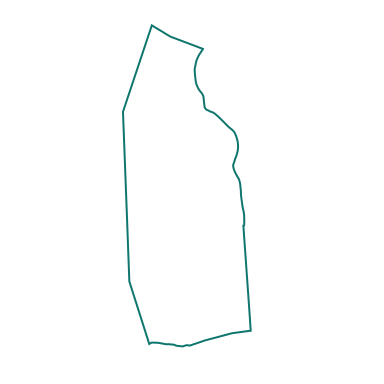 Plut, Vieux Fort, Saint Lucia (Natural Earth projection), rotated 10°
{"feature_id": "8701671B91261158207926", "entity_name": "Plut", "entity_type": "district", "adm_level": 2, "iso_a3": "LCA", "parent_name": "Saint Lucia", "parent_adm1": "Vieux Fort", "projection": "natural_earth1", "projection_center": [-60.96, 13.775], "detail": "fine", "context": "isolated", "style": "outline", "palette": "teal", "viewbox_px": 384, "rotation_deg": 10, "n_neighbors": 0, "source": "geoboundaries", "source_scale": "gbopen_adm2", "svg_char_len": 1610}
<svg xmlns="http://www.w3.org/2000/svg" viewBox="0 0 384 384"><g transform="rotate(10 192 192)"><path d="M177.9,49.2L143.6,42.7L123.5,34.9L110.1,125.0L133.5,233.5L145.8,290.9L176.3,349.1L178.4,347.3L184.6,346.4L193.1,346.4L195.8,345.9L201.1,345.5L203.1,346.1L209.7,345.7L213.1,343.8L216.6,343.6L230.6,335.9L256.0,324.1L273.9,318.4L269.5,300.5L248.5,216.5L248.9,216.5L249.1,215.5L248.9,213.9L248.8,213.4L248.4,210.9L248.2,209.8L248.0,208.9L247.7,207.5L247.3,205.6L246.8,204.0L246.4,202.8L245.6,200.7L245.1,199.5L244.3,197.6L242.9,193.2L241.7,189.5L241.0,187.2L240.4,184.8L240.0,182.8L239.8,181.9L239.3,180.2L238.8,178.4L238.1,176.0L237.3,173.9L236.7,172.6L236.2,171.6L235.4,170.5L234.3,169.3L233.1,167.8L232.1,166.5L230.8,164.8L230.0,163.6L229.3,162.3L228.6,160.9L228.0,159.2L227.9,157.8L228.3,155.4L228.8,151.4L229.3,149.6L229.5,147.8L229.7,146.1L229.8,144.3L229.8,142.6L229.7,140.5L229.3,138.4L228.9,136.6L228.1,134.2L227.6,132.9L226.5,130.7L225.8,129.4L225.3,128.6L223.6,126.0L222.2,124.8L220.8,123.8L217.9,122.2L216.0,121.1L213.6,119.3L211.0,117.5L208.9,116.0L207.0,114.7L205.5,113.7L202.6,111.9L200.5,110.7L198.8,110.0L197.4,109.8L196.0,109.6L194.1,108.9L192.4,108.6L191.4,108.1L190.3,107.1L189.8,106.5L189.2,104.6L188.5,102.3L187.8,100.0L187.2,97.6L186.5,95.7L186.0,94.9L184.7,93.2L183.4,92.1L182.1,91.0L180.7,89.6L179.5,88.0L178.2,86.0L177.1,84.0L176.4,82.1L175.8,80.2L175.1,77.8L174.3,74.9L173.5,71.7L173.3,69.8L173.3,68.4L173.4,66.9L173.4,64.5L173.5,62.8L173.7,61.3L174.4,58.2L174.9,56.5L175.3,55.5L175.9,54.0L176.8,51.9L177.8,49.9L177.9,49.2Z" fill="none" stroke="#0f766e" stroke-width="2"/></g></svg>